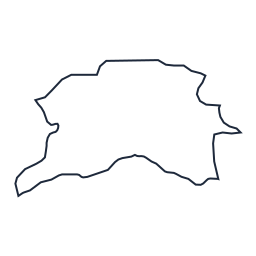 map outline of Nwoya (Mercator projection)
{"feature_id": "UGA-5625", "entity_name": "Nwoya", "entity_type": "District", "adm_level": 1, "iso_a3": "UGA", "parent_name": "Uganda", "parent_adm1": "", "projection": "mercator", "projection_center": [31.834, 2.49], "detail": "fine", "context": "isolated", "style": "outline", "palette": "slate", "viewbox_px": 256, "rotation_deg": 0, "n_neighbors": 0, "source": "natural_earth", "source_scale": "10m", "svg_char_len": 1243}
<svg xmlns="http://www.w3.org/2000/svg" viewBox="0 0 256 256"><path d="M240.6,132.5L231.6,133.5L222.6,132.5L214.3,134.5L213.1,143.4L214.2,161.5L218.3,179.0L218.0,178.9L210.3,178.5L208.2,178.9L206.7,180.1L203.2,183.5L200.7,184.8L195.7,184.6L188.4,178.9L181.5,176.8L176.1,173.9L173.9,172.9L167.2,172.2L164.9,171.4L156.2,163.6L151.5,161.5L146.2,157.8L143.9,156.5L141.4,156.1L139.2,156.2L137.2,156.0L134.9,154.9L131.3,156.6L122.4,158.1L118.4,159.5L115.0,162.1L107.9,169.9L87.3,176.9L83.2,177.4L81.5,176.9L79.1,174.9L77.1,174.4L62.1,174.4L58.9,175.4L51.4,179.6L40.8,182.3L30.0,190.4L24.1,192.4L22.7,193.0L18.4,195.9L15.4,183.6L17.0,177.7L25.1,169.1L36.4,163.7L41.5,160.7L44.9,157.4L45.8,151.8L46.6,145.9L46.6,142.8L47.7,137.8L49.9,134.0L53.2,132.5L55.6,131.9L57.2,130.3L58.1,128.1L58.4,125.6L57.5,123.8L55.4,123.9L52.9,124.7L51.1,124.9L47.2,121.6L43.9,112.2L41.3,107.7L38.2,104.2L35.4,100.1L45.0,97.3L51.9,90.3L62.0,79.5L71.3,74.8L96.9,74.8L100.0,66.3L106.2,60.9L158.1,60.1L165.9,64.7L173.6,65.5L183.7,65.5L191.4,70.9L200.7,73.3L205.4,75.6L202.5,82.5L198.4,88.2L196.9,94.3L200.0,101.0L206.1,104.6L219.9,105.5L218.9,108.2L219.4,112.6L220.4,116.9L223.8,122.6L229.5,126.4L236.6,128.5L240.6,132.5Z" fill="none" stroke="#1e293b" stroke-width="2"/></svg>